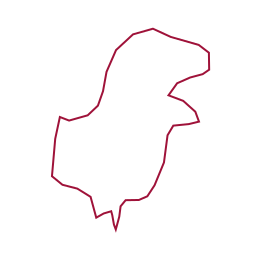 map outline of Príncipe (Natural Earth projection), rotated 10°
{"feature_id": "STP-4862", "entity_name": "Príncipe", "entity_type": "state/province", "adm_level": 1, "iso_a3": "STP", "parent_name": "São Tomé and Principe", "parent_adm1": "", "projection": "natural_earth1", "projection_center": [7.405, 1.615], "detail": "fine", "context": "isolated", "style": "outline", "palette": "rose", "viewbox_px": 256, "rotation_deg": 10, "n_neighbors": 0, "source": "natural_earth", "source_scale": "10m", "svg_char_len": 644}
<svg xmlns="http://www.w3.org/2000/svg" viewBox="0 0 256 256"><g transform="rotate(10 128 128)"><path d="M197.8,56.5L192.2,62.0L180.4,67.5L168.6,75.4L162.2,88.8L177.7,91.7L191.5,100.3L196.8,109.4L187.2,113.6L172.2,117.8L168.2,128.3L169.4,155.7L164.1,179.8L158.9,191.9L151.2,197.0L138.2,199.5L134.3,206.4L134.8,216.9L133.6,230.1L130.9,225.5L127.6,216.5L125.9,212.9L118.9,216.4L112.3,221.8L103.1,202.3L88.6,196.5L73.3,195.3L61.5,188.7L58.2,151.3L59.0,129.0L68.7,130.9L86.1,122.5L94.5,111.2L97.0,96.1L97.1,76.4L102.7,53.3L116.7,34.9L135.3,25.9L154.4,30.9L183.2,33.9L194.6,39.8L197.8,56.5Z" fill="none" stroke="#9f1239" stroke-width="2"/></g></svg>